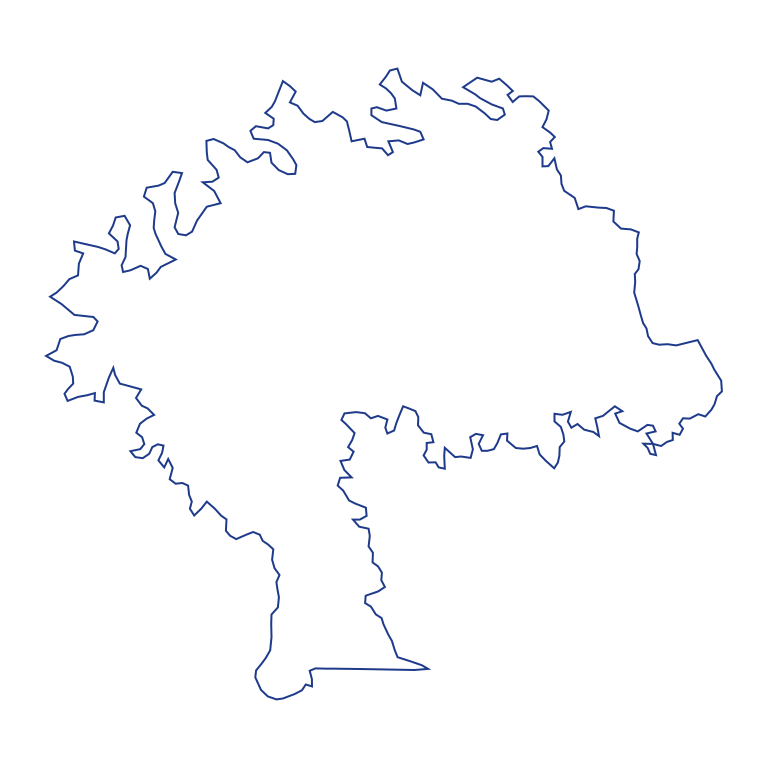 Marquinho, Paraná, Brazil (Mercator projection)
{"feature_id": "56859067B92570894307913", "entity_name": "Marquinho", "entity_type": "district", "adm_level": 2, "iso_a3": "BRA", "parent_name": "Brazil", "parent_adm1": "Paraná", "projection": "mercator", "projection_center": [-52.258, -25.123], "detail": "fine", "context": "isolated", "style": "outline", "palette": "blue", "viewbox_px": 768, "rotation_deg": 0, "n_neighbors": 0, "source": "geoboundaries", "source_scale": "gbopen_adm2", "svg_char_len": 5634}
<svg xmlns="http://www.w3.org/2000/svg" viewBox="0 0 768 768"><path d="M705.3,416.5L711.4,409.7L714.5,404.3L717.0,396.1L721.9,391.4L721.2,380.7L714.2,369.5L711.4,363.7L706.0,355.5L697.7,340.1L676.2,345.4L667.6,344.2L659.1,344.7L652.6,343.1L648.0,336.0L646.5,328.5L643.1,323.1L640.7,315.0L638.5,306.8L634.2,292.6L635.2,281.8L634.8,274.0L638.5,269.2L639.7,261.1L636.6,253.9L637.2,247.6L637.2,238.8L638.8,232.4L630.9,229.4L621.0,228.6L613.4,221.5L613.9,210.7L606.4,208.0L598.3,207.6L585.8,206.3L578.4,209.1L574.7,197.9L564.2,190.8L561.5,183.9L560.9,175.5L556.9,169.4L554.4,158.3L548.3,166.1L542.5,166.4L542.5,156.9L538.3,151.7L543.4,148.1L552.0,148.8L550.1,142.0L554.8,137.0L550.2,132.6L542.5,127.1L546.5,119.3L548.7,110.6L539.5,101.4L533.3,96.4L526.0,96.2L519.2,96.4L512.7,102.0L507.6,94.9L512.8,91.0L507.0,85.4L499.2,78.7L491.7,81.7L477.2,77.7L463.1,87.2L475.3,94.4L480.0,98.1L491.7,104.4L502.9,108.5L504.8,114.6L497.2,120.0L490.7,119.0L484.9,113.5L475.7,106.5L467.7,103.8L458.8,103.8L452.0,100.7L441.9,98.7L432.7,89.3L423.0,82.8L420.3,95.3L412.3,90.2L401.9,81.7L397.4,68.6L389.9,70.5L386.2,76.3L379.8,84.5L386.1,88.5L391.0,93.2L394.8,98.4L396.4,108.5L386.4,110.6L376.9,107.2L371.4,108.5L371.4,115.2L381.8,122.1L399.6,126.0L414.0,129.5L420.3,131.8L423.6,139.4L414.4,142.4L407.6,144.0L398.8,140.4L388.4,141.3L392.9,152.1L388.0,155.2L382.1,148.4L375.5,147.8L367.2,147.0L364.5,138.7L351.6,141.3L349.1,130.1L346.9,121.4L342.6,117.3L332.8,111.9L322.4,121.0L314.8,122.1L309.5,119.0L303.4,113.6L297.6,105.7L289.9,102.4L295.7,91.6L289.9,86.1L282.9,81.1L274.9,101.4L271.8,106.8L265.3,112.9L273.7,118.7L273.3,125.1L268.1,128.4L255.9,126.2L250.4,130.9L253.7,138.7L268.1,140.0L278.0,143.7L286.8,150.2L293.0,159.0L296.4,165.1L295.2,173.8L287.8,174.2L278.8,170.1L271.5,162.7L270.0,152.8L263.9,152.1L258.0,158.3L247.5,162.3L240.2,157.3L234.7,150.2L228.6,147.0L223.4,143.3L213.6,139.0L206.4,140.9L206.8,152.5L207.7,159.9L216.6,169.8L218.7,177.6L212.4,181.7L202.8,182.3L214.2,191.0L220.6,203.2L206.8,206.7L202.8,212.4L197.0,220.6L192.1,231.6L186.0,235.3L178.3,234.0L174.6,227.3L178.2,212.8L175.2,203.3L174.6,193.0L178.9,181.9L182.0,173.1L172.7,171.8L164.7,183.0L158.6,185.6L146.7,187.7L143.9,196.6L152.9,203.2L155.3,211.3L154.1,221.2L153.7,228.0L155.5,233.8L161.4,246.6L165.4,253.9L175.8,259.5L160.8,266.9L156.5,272.7L149.8,278.7L147.9,269.0L140.6,265.8L130.4,270.3L123.1,272.0L121.6,265.3L125.5,257.1L126.1,246.9L126.5,240.2L127.7,234.0L130.1,225.3L124.6,215.8L115.7,217.5L113.0,225.6L108.9,233.4L117.5,241.4L118.7,248.9L114.8,253.4L105.3,249.3L97.9,246.9L90.3,245.2L74.0,241.5L74.9,250.6L83.2,253.4L78.9,263.6L78.0,275.4L69.4,279.1L63.6,285.9L56.6,292.6L50.1,296.7L61.7,304.2L74.4,314.9L93.4,317.0L97.6,321.5L93.3,330.2L84.1,334.3L75.6,334.9L68.5,336.0L60.3,339.0L56.6,350.2L46.1,355.9L54.1,360.7L62.1,362.8L69.7,366.7L72.8,376.6L73.2,383.6L68.2,388.8L64.5,393.8L67.6,400.9L78.1,396.9L87.3,395.2L94.9,393.1L94.6,400.6L103.8,402.4L103.8,392.2L109.0,377.3L113.3,367.8L115.1,374.9L119.8,383.6L141.2,389.4L136.0,398.0L141.8,405.7L147.6,408.4L154.1,414.9L146.7,418.6L140.0,423.7L136.3,432.7L142.1,437.2L144.3,444.1L140.3,449.1L130.4,451.2L135.3,457.1L142.7,458.2L149.2,453.8L152.3,447.1L157.8,444.3L163.5,445.6L162.1,452.8L158.4,460.3L164.2,467.4L168.2,459.0L172.7,467.9L169.7,479.2L175.6,483.7L182.3,483.0L188.1,485.6L189.1,494.9L191.8,501.5L189.9,508.7L194.2,515.5L201.3,508.6L206.8,501.6L214.8,508.7L221.2,515.7L226.5,519.4L225.9,530.8L230.2,535.8L236.2,539.1L246.3,534.7L253.1,532.0L259.8,534.7L262.7,540.9L268.2,544.6L273.3,549.3L272.1,559.8L274.6,568.3L279.5,575.0L276.4,582.1L277.4,589.0L278.9,597.2L277.9,607.4L271.5,614.5L271.2,623.9L271.5,637.1L270.2,650.3L265.7,658.1L261.1,664.3L256.1,670.4L255.3,677.4L261.0,689.9L267.8,696.4L276.4,699.4L282.9,698.5L294.5,694.1L301.9,690.3L305.8,684.5L312.0,686.4L311.9,679.1L309.7,670.8L315.4,668.4L327.3,668.7L336.2,668.7L359.8,669.0L414.4,670.0L428.1,668.9L421.8,665.2L408.3,660.6L397.6,657.2L394.8,650.3L391.9,640.9L388.2,634.4L383.5,624.3L381.6,618.1L375.8,614.4L370.9,606.6L365.1,603.1L365.7,595.7L378.2,591.4L384.9,587.0L381.3,580.2L381.9,572.6L378.0,566.3L372.6,562.5L372.9,552.7L368.6,546.4L369.8,535.8L368.6,528.7L359.2,526.7L353.0,519.6L359.8,519.6L366.6,515.9L365.9,507.7L355.3,503.6L349.1,500.5L343.2,490.6L337.7,485.6L340.1,477.8L351.6,477.4L344.4,470.1L340.5,460.9L349.7,459.6L353.6,451.7L348.1,447.1L352.2,440.0L354.6,433.1L345.9,424.0L341.4,419.9L344.5,413.4L356.1,412.1L364.9,413.2L370.9,418.3L378.0,415.9L387.4,419.5L385.3,427.7L387.4,433.5L394.1,430.5L396.4,422.9L399.4,415.2L403.1,406.3L408.8,408.4L415.4,411.1L418.3,417.1L418.0,425.3L423.8,432.7L431.3,434.2L433.4,442.2L426.7,443.0L426.7,449.7L423.6,455.4L428.5,462.5L435.6,462.3L438.7,467.4L444.8,468.7L444.2,455.8L444.8,447.8L455.1,457.1L461.0,456.5L470.6,457.9L472.9,449.3L470.2,437.2L475.9,433.9L483.0,435.2L478.7,443.9L481.8,450.8L487.6,450.8L493.9,449.1L497.4,443.0L500.9,434.4L507.4,433.5L507.0,440.6L515.8,448.0L523.2,448.7L530.3,448.0L537.0,446.0L539.7,454.5L545.9,460.9L554.2,468.3L557.9,462.5L559.4,455.5L559.7,447.1L564.3,441.5L563.4,434.6L560.9,427.0L554.5,421.4L554.5,413.8L562.5,414.8L570.8,411.9L567.9,421.6L571.4,427.7L577.5,424.0L584.2,429.7L593.4,432.0L599.0,436.1L597.2,426.6L595.3,418.3L602.9,415.9L607.6,412.1L614.9,406.3L622.3,411.2L615.2,413.6L619.5,422.9L630.3,428.7L637.8,431.4L642.7,428.1L647.4,424.9L653.0,425.7L655.6,431.4L646.5,433.5L653.0,443.9L661.1,446.0L667.0,441.9L672.8,440.0L672.6,432.8L679.6,434.8L683.0,428.7L679.3,423.7L683.0,418.3L689.8,418.6L698.3,414.2L705.3,416.5ZM653.0,443.9L643.4,443.7L647.7,448.0L650.2,453.8L656.0,455.1L653.0,443.9Z" fill="none" stroke="#1e3a8a" stroke-width="2"/></svg>